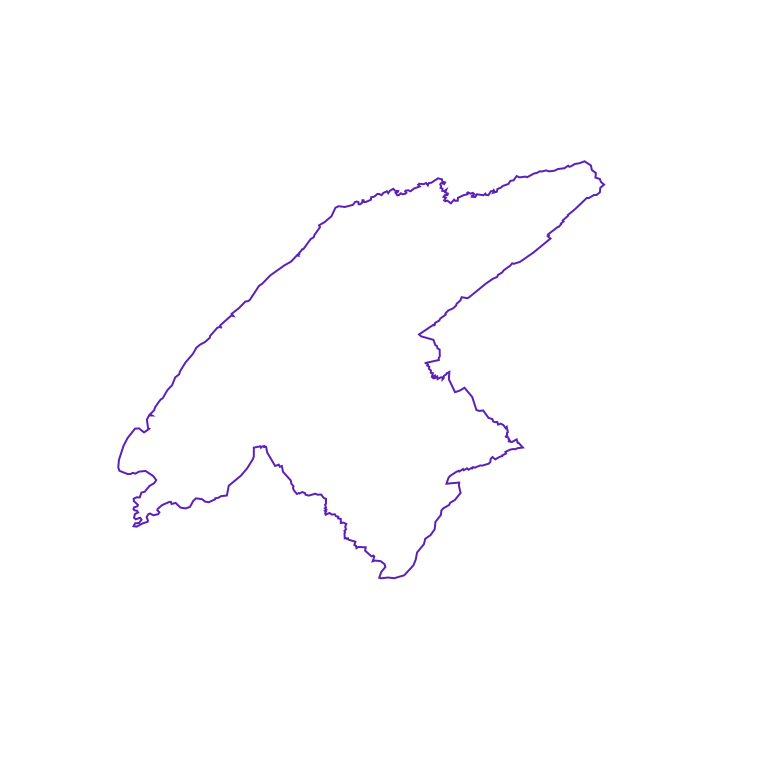 Mueang Nakhon Si Thammarat, Nakhon Si Thammarat, Thailand (Equal Earth projection), rotated 242°
{"feature_id": "78962969B67558639110399", "entity_name": "Mueang Nakhon Si Thammarat", "entity_type": "district", "adm_level": 2, "iso_a3": "THA", "parent_name": "Thailand", "parent_adm1": "Nakhon Si Thammarat", "projection": "equal_earth", "projection_center": [99.961, 8.425], "detail": "fine", "context": "isolated", "style": "outline", "palette": "violet", "viewbox_px": 768, "rotation_deg": 242, "n_neighbors": 0, "source": "geoboundaries", "source_scale": "gbopen_adm2", "svg_char_len": 6163}
<svg xmlns="http://www.w3.org/2000/svg" viewBox="0 0 768 768"><g transform="rotate(242 384 384)"><path d="M470.7,670.1L475.5,668.0L479.8,669.3L486.5,665.6L487.1,660.5L488.7,655.6L488.4,651.5L488.8,649.6L490.3,649.1L489.8,644.6L492.2,638.4L492.2,635.0L494.2,629.6L496.5,627.4L497.5,623.2L498.7,621.2L498.6,617.7L499.4,615.7L499.4,607.3L500.7,606.3L502.8,600.7L505.3,598.7L503.0,594.0L504.0,591.0L502.2,587.7L503.1,581.9L502.5,579.3L502.9,575.7L500.8,573.9L501.6,570.2L502.7,572.0L503.7,571.9L503.2,570.8L504.0,568.9L501.7,564.8L503.0,562.9L504.5,562.9L504.0,560.4L507.9,555.1L506.2,552.3L508.2,549.4L508.8,549.8L509.0,552.9L511.1,552.2L511.4,549.8L513.8,548.1L513.8,547.4L512.3,546.9L513.3,543.1L513.7,536.7L511.2,535.2L512.4,532.8L513.9,532.4L512.1,527.9L516.2,526.0L516.7,523.9L517.9,523.3L519.5,526.1L521.2,524.4L522.2,526.5L521.1,528.7L522.1,529.8L524.4,528.0L526.3,530.2L526.0,527.8L527.2,526.1L529.0,527.4L530.6,526.0L531.9,527.4L533.8,527.3L534.5,528.3L534.2,529.3L532.3,531.0L533.3,532.6L535.1,530.6L537.5,531.2L540.2,528.3L539.5,520.3L540.4,517.8L538.8,516.0L541.7,515.5L541.8,512.9L544.3,509.1L543.9,507.7L541.6,508.3L542.5,502.3L541.7,497.9L543.6,496.4L544.6,493.9L544.1,493.1L542.3,493.5L542.0,491.9L542.8,489.5L544.5,488.4L543.8,485.8L544.3,484.4L547.3,484.0L547.1,486.4L547.7,487.1L549.4,484.5L552.0,483.8L551.8,479.7L550.5,477.3L552.8,477.0L553.0,473.1L551.9,470.4L553.9,469.1L554.9,467.4L554.0,463.4L554.9,460.3L552.8,458.9L553.3,453.1L554.0,451.8L555.8,452.2L556.4,451.4L554.3,449.7L553.9,447.3L554.6,446.0L556.7,446.8L558.0,445.4L558.2,443.9L556.8,440.6L558.7,432.5L562.3,427.4L562.4,423.8L556.8,416.4L554.8,407.3L554.6,401.1L552.5,401.1L548.3,392.6L546.6,390.9L546.4,387.3L540.9,376.0L541.4,375.2L539.1,369.8L537.9,370.7L538.8,369.0L538.6,368.1L537.7,368.3L538.4,367.3L535.7,359.4L535.5,351.7L533.3,334.7L529.7,323.5L529.3,319.7L521.2,304.9L521.0,302.9L521.9,300.3L519.1,291.6L517.5,282.4L514.7,282.9L516.1,281.1L512.7,267.0L512.0,266.3L509.7,267.1L511.5,265.9L511.9,263.2L508.0,252.9L506.6,251.9L505.1,245.7L505.1,240.1L504.1,235.3L500.3,229.4L496.2,218.8L490.9,209.8L488.7,207.7L487.9,202.8L482.4,196.3L480.3,189.9L475.3,182.0L475.2,179.7L474.1,177.2L471.1,171.3L468.6,168.4L467.1,163.2L465.1,164.4L466.5,161.8L463.9,157.9L455.9,155.0L454.7,155.7L453.9,149.4L459.7,146.9L461.5,143.3L456.6,132.1L451.7,125.0L441.4,114.3L435.1,110.2L431.5,109.7L424.7,115.5L423.4,118.4L423.6,120.3L421.5,122.6L421.7,126.3L419.2,132.6L411.2,137.0L406.1,137.8L404.3,134.6L404.1,129.1L401.2,122.1L402.0,118.8L398.5,115.1L400.1,112.4L400.2,109.2L398.1,108.1L392.8,110.0L391.8,108.9L392.4,105.4L391.1,104.0L389.5,104.5L388.1,106.4L386.0,106.6L386.1,103.0L383.3,100.5L381.1,101.3L380.4,105.9L378.0,106.2L376.3,102.5L377.8,98.8L376.0,96.1L374.2,98.6L374.2,105.7L373.3,110.4L374.2,111.5L377.9,111.9L379.7,114.8L379.5,116.6L376.4,118.7L375.1,123.4L376.2,125.5L379.0,124.6L379.9,125.4L381.3,131.3L380.6,139.4L379.9,140.5L377.8,140.1L376.8,144.2L370.4,146.3L367.3,150.4L366.6,155.0L370.3,160.6L371.3,164.3L367.8,169.2L364.2,170.8L361.9,173.7L361.5,180.6L362.3,181.4L361.3,184.5L361.5,187.5L359.3,192.9L367.1,199.2L370.2,214.5L373.8,223.6L379.3,233.1L381.1,235.0L388.9,239.2L387.1,245.5L385.6,245.5L386.1,246.4L385.5,249.1L384.6,248.6L383.9,250.4L378.3,248.7L362.7,249.4L362.2,253.2L359.8,253.2L359.6,255.3L354.0,253.6L342.6,256.4L339.5,255.4L336.2,256.1L334.9,254.8L332.4,254.5L327.8,255.5L327.7,257.5L327.0,258.0L327.0,261.1L324.6,263.1L323.2,262.7L320.8,265.1L319.4,271.8L317.5,273.3L315.9,276.6L311.7,277.3L309.8,278.9L305.5,276.5L305.1,275.3L302.1,274.8L302.0,273.4L300.0,274.1L299.8,272.3L298.6,272.9L297.5,271.4L296.0,271.1L295.7,275.4L293.2,276.6L292.1,279.4L289.9,279.5L288.3,281.3L286.9,280.4L285.2,282.5L281.5,280.6L280.8,282.9L278.2,285.0L276.1,282.7L273.5,282.2L272.9,280.1L271.2,280.0L270.7,279.0L266.2,276.9L265.9,278.1L264.9,278.2L264.6,279.8L263.3,279.5L258.2,284.7L255.7,282.2L254.2,283.3L252.0,282.6L252.2,284.7L248.4,291.2L245.7,289.1L237.8,292.0L237.4,294.2L236.2,294.4L232.8,290.8L232.2,293.4L229.2,297.8L224.7,299.9L221.8,299.3L219.4,293.5L215.2,288.8L213.8,290.2L211.3,296.6L207.7,301.9L205.6,312.1L210.1,324.9L214.1,329.6L219.7,334.1L223.8,344.0L228.0,347.8L228.7,354.1L231.9,360.5L238.1,364.7L241.7,372.8L245.4,375.3L246.4,377.9L246.6,384.6L248.1,386.8L248.3,392.1L251.9,400.5L259.1,402.4L261.7,404.1L266.6,392.4L270.7,396.6L271.8,399.0L272.5,406.8L272.2,409.3L271.4,409.4L271.8,413.9L270.4,414.0L270.6,417.7L268.7,418.3L268.8,422.9L268.2,422.7L268.5,423.9L267.5,425.0L266.9,430.7L265.8,432.5L264.5,439.0L265.3,441.3L267.8,443.0L268.6,445.5L265.2,446.9L265.4,451.9L264.8,454.6L265.5,455.0L265.3,459.1L267.1,459.3L266.8,464.8L265.8,467.9L264.8,469.1L264.6,471.9L262.7,476.8L268.8,475.2L269.2,474.4L272.8,475.1L272.7,469.8L274.6,467.4L275.2,468.6L276.4,467.9L277.3,468.6L279.5,468.3L279.7,467.0L280.5,467.0L280.9,468.5L283.1,469.7L283.3,470.7L288.4,472.2L287.8,470.7L291.8,470.1L294.2,468.4L294.6,465.7L297.3,466.2L298.1,464.2L299.8,462.7L302.1,463.3L305.0,460.4L314.1,459.1L315.5,455.4L317.7,453.4L331.2,455.8L342.9,453.3L342.6,448.0L343.4,442.9L357.8,443.5L364.0,447.4L364.0,444.1L363.3,443.7L363.0,440.6L361.1,439.4L360.6,437.8L362.5,438.9L363.3,436.8L363.2,433.6L365.6,434.5L365.2,430.6L365.8,432.9L367.6,433.1L367.6,431.4L366.4,430.1L367.9,429.6L370.6,432.2L371.9,430.6L374.0,431.8L376.2,430.8L378.0,432.1L379.9,430.8L380.5,431.9L382.1,431.5L383.3,429.8L379.4,443.7L381.1,444.4L382.3,446.3L388.3,449.3L390.4,448.0L392.6,448.5L394.2,447.6L399.8,448.4L408.6,439.2L411.3,438.2L413.1,455.4L412.3,455.7L412.4,456.6L414.0,457.9L414.1,462.6L415.4,464.4L416.3,471.1L417.5,471.4L418.7,475.2L418.4,480.8L419.4,484.4L420.8,485.9L421.9,490.7L424.2,493.3L420.6,497.9L420.7,500.3L424.8,520.9L425.8,529.5L425.4,534.2L426.8,535.9L427.0,540.7L428.2,543.1L429.3,551.3L430.4,553.8L429.2,555.0L428.0,561.4L429.9,577.6L434.3,599.3L437.7,597.9L437.9,599.4L439.1,599.1L441.1,611.4L440.7,612.0L441.9,615.4L442.6,615.5L443.2,618.8L444.5,618.6L446.2,625.6L446.9,625.8L448.7,634.9L453.1,650.5L452.0,652.0L452.3,658.1L451.1,660.5L451.9,664.6L455.7,667.1L456.7,671.9L460.6,670.4L463.7,670.8L467.0,667.6L470.7,670.1Z" fill="none" stroke="#5b21b6" stroke-width="2"/></g></svg>